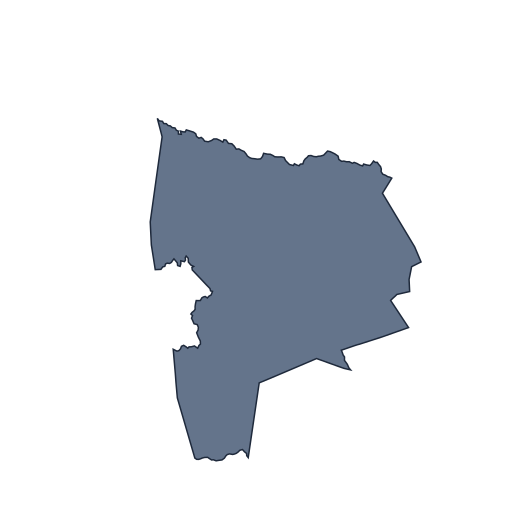 outline of Piripiri, Piauí, Brazil, rotated 149°
{"feature_id": "56859067B46900586420269", "entity_name": "Piripiri", "entity_type": "district", "adm_level": 2, "iso_a3": "BRA", "parent_name": "Brazil", "parent_adm1": "Piauí", "projection": "equal_earth", "projection_center": [-41.76, -4.358], "detail": "fine", "context": "isolated", "style": "filled", "palette": "slate", "viewbox_px": 512, "rotation_deg": 149, "n_neighbors": 0, "source": "geoboundaries", "source_scale": "gbopen_adm2", "svg_char_len": 3109}
<svg xmlns="http://www.w3.org/2000/svg" viewBox="0 0 512 512"><g transform="rotate(149 256 256)"><path d="M115.3,187.6L115.3,241.6L115.3,244.7L112.1,246.3L99.5,252.8L100.7,254.7L102.2,256.1L103.4,258.5L105.2,260.8L105.3,263.9L103.8,266.0L103.2,268.5L103.7,271.5L103.8,273.8L105.5,274.8L106.3,276.9L109.5,275.5L111.7,274.9L114.2,277.0L116.4,279.4L118.2,278.3L120.2,280.5L121.8,283.3L123.7,285.7L125.6,285.8L127.5,288.8L129.8,290.1L131.8,292.1L133.8,293.0L135.3,296.1L134.2,299.3L135.7,302.7L137.0,304.8L138.6,307.2L140.6,309.1L143.5,308.3L146.1,307.6L149.2,308.4L151.2,309.4L153.2,310.0L155.3,311.6L157.1,313.8L159.4,314.9L161.4,314.2L163.7,313.9L166.0,312.9L168.4,310.8L170.6,311.9L172.6,311.2L174.1,312.9L175.6,315.3L177.3,314.3L180.2,317.2L181.5,322.6L181.2,325.9L183.2,327.9L186.4,329.7L188.8,331.4L189.8,333.5L191.4,335.9L193.7,337.4L196.6,340.1L199.1,338.0L202.0,336.9L204.8,338.2L207.2,340.2L209.4,341.8L210.8,343.6L211.9,346.1L211.9,348.4L212.4,351.7L214.2,354.2L215.5,356.6L217.9,357.7L218.1,361.5L218.9,364.7L221.6,366.7L221.9,370.7L223.6,372.2L225.8,370.7L227.3,373.6L229.4,376.6L231.9,378.1L234.6,377.9L238.1,378.5L240.9,380.9L241.1,383.7L241.9,385.9L244.3,386.4L245.4,389.1L244.7,391.8L245.8,394.4L248.8,397.8L250.8,400.0L252.8,398.8L254.6,400.0L256.4,402.0L257.4,398.8L259.7,400.5L258.2,403.0L259.5,404.8L259.5,407.5L261.7,409.2L262.4,411.6L264.2,413.2L264.7,415.6L266.9,417.1L266.8,419.6L269.4,421.7L269.7,424.8L274.0,410.1L275.1,406.5L302.3,372.9L329.1,339.7L340.0,319.4L341.2,316.4L349.4,296.2L344.4,293.5L341.6,294.7L339.5,294.1L337.6,295.8L335.8,295.6L333.9,294.1L331.8,294.1L330.0,295.0L327.8,295.8L327.0,290.7L328.1,288.2L326.4,286.2L324.5,288.0L322.9,290.6L320.3,288.0L318.5,288.8L317.5,291.0L315.9,291.9L315.3,288.9L317.1,285.6L316.5,281.8L314.8,279.2L316.8,279.2L317.8,276.9L313.4,256.9L312.2,251.8L312.9,249.5L311.5,248.1L313.1,246.8L314.6,245.7L317.0,245.8L319.3,245.1L320.4,247.5L322.3,248.0L324.0,248.0L326.6,246.5L328.3,247.4L330.2,248.6L332.5,246.2L334.2,244.1L335.7,241.6L337.5,240.9L339.8,240.6L341.7,239.8L341.1,237.6L343.3,235.9L343.5,233.6L344.0,229.8L341.7,227.5L342.1,224.6L343.7,222.4L346.4,220.8L347.2,216.1L347.5,211.8L349.0,209.1L351.0,208.7L353.5,207.0L355.1,210.6L358.2,211.5L360.2,212.6L362.0,212.1L362.7,214.1L364.0,216.7L366.4,217.0L368.5,215.3L370.9,214.6L372.8,215.2L375.0,218.7L383.8,200.7L385.6,197.0L389.8,188.7L396.5,174.9L412.5,114.3L411.6,112.3L409.9,111.2L407.9,110.7L406.1,110.5L403.8,109.8L401.1,108.3L400.2,106.2L399.1,104.0L397.5,103.3L395.7,101.0L392.9,99.9L390.2,98.7L387.2,99.0L384.8,100.2L382.9,100.6L380.6,100.0L378.2,97.9L376.3,97.3L374.5,97.0L372.2,97.2L370.0,97.8L367.3,97.1L366.7,94.1L365.8,91.6L366.8,89.6L366.5,87.2L318.6,145.6L300.0,142.9L290.0,141.5L256.9,136.9L241.4,117.9L239.9,116.1L238.4,114.3L233.6,109.7L234.0,112.3L233.5,116.1L233.9,121.0L232.1,123.9L232.3,126.3L231.7,129.0L231.4,131.3L217.7,128.4L215.1,127.8L212.3,127.0L189.5,121.7L162.1,116.1L163.5,148.6L160.0,149.4L156.9,150.0L155.1,150.5L142.6,146.4L136.9,157.0L128.1,166.7L117.6,165.9L115.3,182.1L115.3,187.6Z" fill="#64748b" stroke="#1e293b" stroke-width="1.5"/></g></svg>